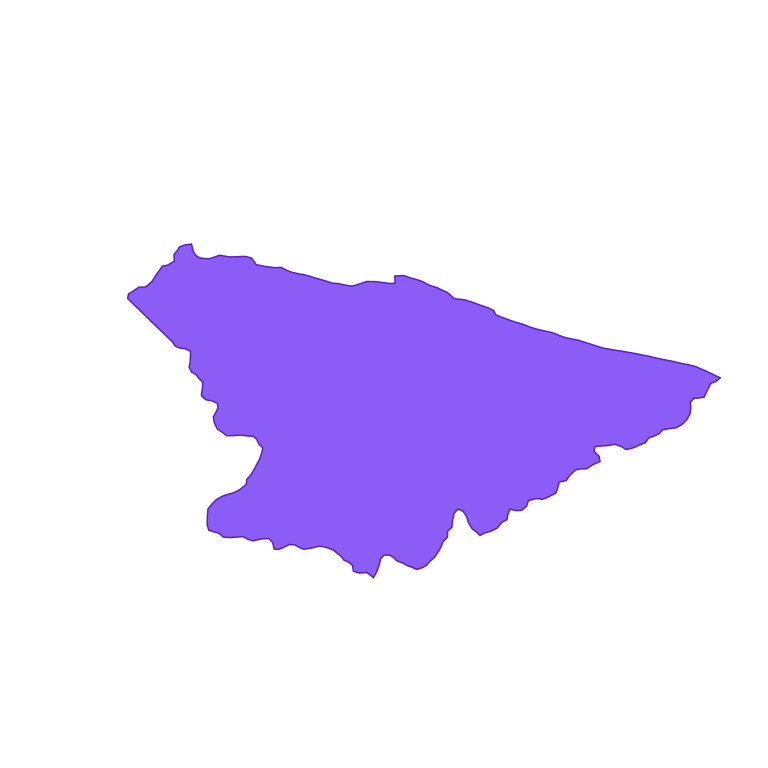 the district of Sapucaia, Rio de Janeiro, Brazil, rotated 41°
{"feature_id": "56859067B28988673351798", "entity_name": "Sapucaia", "entity_type": "district", "adm_level": 2, "iso_a3": "BRA", "parent_name": "Brazil", "parent_adm1": "Rio de Janeiro", "projection": "albers", "projection_center": [-42.818, -22.019], "detail": "fine", "context": "isolated", "style": "filled", "palette": "violet", "viewbox_px": 768, "rotation_deg": 41, "n_neighbors": 0, "source": "geoboundaries", "source_scale": "gbopen_adm2", "svg_char_len": 3326}
<svg xmlns="http://www.w3.org/2000/svg" viewBox="0 0 768 768"><g transform="rotate(41 384 384)"><path d="M283.5,338.3L278.5,341.9L274.5,343.6L269.8,345.7L262.1,349.3L257.0,351.5L252.1,353.8L247.8,356.6L240.8,360.3L236.2,362.0L229.8,363.5L225.1,368.0L217.5,373.1L209.2,377.8L201.4,375.8L196.1,378.4L192.6,381.4L189.2,384.8L184.1,389.4L180.5,391.6L175.3,394.8L172.6,399.8L169.9,404.1L166.1,407.1L162.1,409.8L157.9,410.4L153.3,409.2L146.9,404.7L142.4,409.8L139.7,414.8L140.6,419.2L140.4,423.8L145.1,428.9L142.8,436.1L139.3,440.6L140.0,445.6L140.4,450.9L141.6,458.5L140.6,467.1L135.5,471.7L133.9,477.7L132.1,483.6L134.4,487.7L196.2,491.0L202.1,492.3L206.6,490.7L210.7,487.9L216.4,486.2L220.7,491.2L223.6,495.1L225.9,499.2L230.9,501.2L236.7,500.2L241.4,501.4L245.8,501.4L249.5,506.0L253.7,512.5L259.8,512.8L265.2,509.6L271.1,507.9L274.4,511.1L275.7,515.9L276.8,520.8L281.3,524.6L287.8,527.3L293.9,526.5L299.3,526.2L303.0,522.9L309.6,516.3L315.6,512.5L319.5,509.2L324.2,509.3L329.1,511.5L334.4,511.7L337.1,516.6L339.6,523.1L341.1,529.9L342.3,535.0L343.2,540.7L343.0,545.9L345.9,550.2L344.3,558.7L341.9,564.8L339.1,568.8L335.6,574.7L333.3,581.5L332.9,588.0L333.1,593.8L337.4,599.6L342.8,606.2L347.7,609.3L352.4,607.3L356.9,605.1L363.6,604.7L369.0,600.5L373.2,596.2L377.9,591.6L382.9,590.6L388.1,588.3L392.8,581.7L398.5,576.1L404.2,576.8L409.4,580.7L413.1,577.8L415.2,573.7L417.6,567.6L422.4,563.8L426.9,563.1L432.0,561.3L437.3,554.9L441.6,548.7L447.5,545.2L455.1,542.5L460.8,542.5L465.4,542.2L469.4,543.2L474.4,541.5L479.3,541.5L483.7,545.4L489.4,542.9L494.6,537.6L503.1,537.0L501.6,530.2L498.8,523.1L495.9,517.7L496.4,513.0L500.3,509.6L505.1,508.6L509.6,509.1L515.5,506.9L521.0,505.7L525.8,503.8L530.5,502.4L533.5,497.3L535.0,492.9L535.0,487.6L535.8,481.8L535.1,475.7L534.0,469.7L532.1,464.8L532.3,458.0L528.5,453.1L529.3,447.6L525.7,442.8L521.8,435.8L521.8,429.7L527.3,428.2L533.4,429.9L538.6,433.2L545.5,435.5L551.1,435.1L555.8,435.3L557.9,430.0L561.2,425.2L563.9,418.6L563.7,411.1L565.8,405.5L563.2,401.7L561.2,395.8L567.1,392.7L570.7,389.1L571.8,382.7L569.5,377.3L574.1,370.5L579.0,367.3L581.3,363.4L583.0,359.3L585.3,353.3L582.8,347.5L580.6,343.1L584.9,337.3L584.2,332.2L584.4,327.6L585.1,323.0L588.0,319.2L592.5,315.2L594.5,308.0L597.9,300.8L593.7,297.4L586.9,297.1L584.2,292.8L588.9,288.1L593.4,283.5L597.7,278.1L604.9,275.3L609.6,274.7L612.8,270.5L615.2,266.4L616.8,262.2L619.7,257.1L619.2,251.1L622.0,246.1L624.2,241.2L624.4,235.9L628.3,230.8L633.4,225.1L635.5,218.5L635.9,212.0L634.6,206.1L631.5,201.0L627.2,196.9L627.3,191.4L630.8,188.0L634.2,183.9L632.2,176.9L630.2,169.1L632.8,164.3L633.8,158.7L627.5,160.6L623.4,161.6L617.6,163.3L607.9,166.4L601.4,169.5L595.8,172.9L589.3,176.3L585.2,178.5L579.8,181.7L571.1,186.5L565.9,189.2L552.9,196.6L542.1,203.1L536.0,207.0L525.0,213.6L502.3,223.3L491.1,229.7L485.0,232.2L479.6,233.9L475.1,236.0L471.1,238.2L464.3,241.9L456.3,245.5L452.2,246.8L440.1,252.1L433.6,254.7L429.5,256.2L422.8,258.4L418.7,256.7L413.4,257.9L405.8,261.0L397.2,264.3L389.2,267.8L381.3,273.4L376.6,273.4L371.6,273.4L365.4,275.3L361.3,276.3L356.6,278.4L352.3,280.1L348.2,280.8L344.0,282.1L337.5,285.0L333.5,287.0L327.9,289.1L321.3,295.4L326.3,300.7L322.7,304.1L318.4,307.0L310.6,312.1L303.8,317.9L298.8,326.3L295.8,331.0L289.7,334.9L283.5,338.3Z" fill="#8b5cf6" stroke="#5b21b6" stroke-width="1.5"/></g></svg>